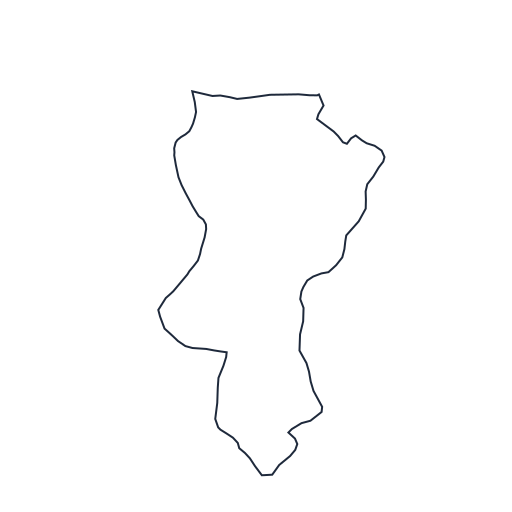 Pakan, Sarawak, Malaysia (orthographic projection), rotated 40°
{"feature_id": "92858781B78593379458192", "entity_name": "Pakan", "entity_type": "district", "adm_level": 2, "iso_a3": "MYS", "parent_name": "Malaysia", "parent_adm1": "Sarawak", "projection": "orthographic", "projection_center": [111.704, 1.792], "detail": "fine", "context": "isolated", "style": "outline", "palette": "slate", "viewbox_px": 512, "rotation_deg": 40, "n_neighbors": 0, "source": "geoboundaries", "source_scale": "gbopen_adm2", "svg_char_len": 1726}
<svg xmlns="http://www.w3.org/2000/svg" viewBox="0 0 512 512"><g transform="rotate(40 256 256)"><path d="M329.5,407.0L337.2,411.6L340.4,411.9L347.5,410.9L355.1,410.0L362.2,410.9L366.7,414.0L374.2,414.0L381.3,414.9L390.3,417.6L401.4,420.2L403.9,417.9L409.0,413.1L408.1,401.1L410.7,387.3L410.7,379.3L408.5,373.5L403.2,370.8L394.3,370.4L394.7,365.5L398.3,354.8L403.6,347.2L406.5,333.3L403.6,329.0L386.8,322.4L378.6,317.0L370.9,310.5L363.5,305.6L350.1,300.5L340.1,287.7L334.1,275.7L325.8,265.2L317.6,260.6L313.6,254.0L312.2,249.2L311.0,241.8L313.0,235.0L317.3,227.3L321.9,221.8L323.3,211.6L323.0,201.6L319.3,193.9L315.0,187.4L311.9,182.2L312.4,163.4L309.6,149.2L303.9,142.1L298.5,136.1L295.1,129.5L294.8,119.8L293.1,109.3L292.8,101.9L290.8,97.6L290.0,97.2L284.5,94.5L276.0,95.3L268.3,98.5L262.9,99.3L254.9,99.6L253.2,104.7L253.5,111.6L249.5,113.0L241.8,111.3L235.5,110.7L214.7,111.9L212.7,107.3L211.0,97.3L200.4,91.8L199.6,93.6L193.6,98.5L184.8,104.7L163.1,123.5L156.9,130.4L149.2,138.9L140.6,147.8L133.8,151.2L125.5,156.0L119.8,161.4L101.3,170.8L103.3,172.3L110.1,177.4L117.5,184.2L120.1,189.1L122.7,195.1L123.8,199.0L124.7,203.3L123.8,208.2L122.1,213.0L121.2,217.6L121.5,220.7L124.1,226.1L126.9,229.0L128.7,231.5L136.1,237.8L146.0,245.5L153.4,249.5L162.0,253.2L169.1,256.0L175.4,258.6L182.2,260.9L186.5,262.3L192.2,262.0L197.3,264.0L200.5,267.4L204.7,274.8L209.3,285.7L211.9,290.5L214.4,296.8L214.7,303.9L214.7,310.5L215.3,314.2L215.3,336.1L214.7,341.0L213.9,346.1L215.8,360.1L221.5,364.1L232.6,370.4L243.3,370.8L250.9,371.3L259.8,370.4L266.5,367.3L277.6,359.2L284.7,355.2L290.5,351.7L295.4,348.6L298.1,352.6L301.6,361.0L305.6,373.5L311.4,381.5L320.8,393.5L329.5,407.0Z" fill="none" stroke="#1e293b" stroke-width="2"/></g></svg>